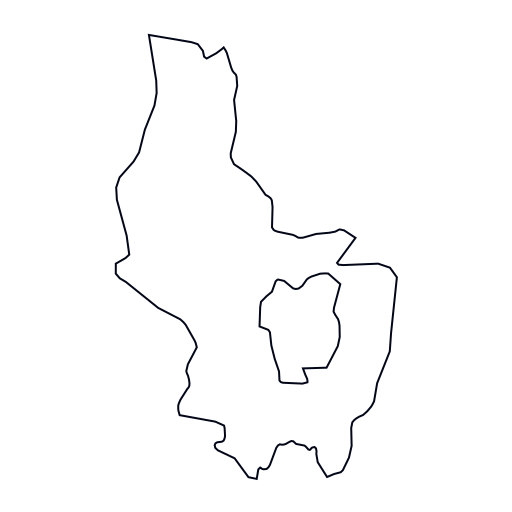 Kândal, Albers equal-area conic projection, rotated 179°
{"feature_id": "KHM-1786", "entity_name": "Kândal", "entity_type": "Province", "adm_level": 1, "iso_a3": "KHM", "parent_name": "Cambodia", "parent_adm1": "", "projection": "albers", "projection_center": [104.96, 11.392], "detail": "fine", "context": "isolated", "style": "outline", "palette": "ink", "viewbox_px": 512, "rotation_deg": 179, "n_neighbors": 0, "source": "natural_earth", "source_scale": "10m", "svg_char_len": 2602}
<svg xmlns="http://www.w3.org/2000/svg" viewBox="0 0 512 512"><g transform="rotate(179 256 256)"><path d="M359.2,478.9L316.7,470.9L310.5,468.8L305.5,462.0L304.4,456.2L301.9,454.3L292.2,459.4L286.5,463.5L284.7,465.1L282.7,461.9L282.1,460.6L281.5,459.1L277.5,444.7L276.3,441.7L275.0,439.8L274.0,438.8L273.0,437.7L272.3,435.6L271.8,426.4L275.2,412.4L273.4,391.1L274.0,380.4L279.5,359.1L279.4,355.0L276.4,348.2L267.9,342.2L259.3,335.6L254.5,330.4L245.4,317.0L242.8,315.5L240.6,313.7L239.8,312.6L239.2,311.2L238.6,304.6L239.5,284.3L237.9,281.8L236.9,281.1L234.2,280.0L218.8,276.5L216.3,275.4L215.1,274.6L213.6,273.7L211.5,273.4L208.7,273.5L195.5,277.0L182.0,278.0L176.3,279.0L172.5,280.9L171.8,281.1L167.5,280.1L156.2,272.4L175.1,247.7L173.6,245.9L168.8,245.4L134.0,246.2L122.3,242.0L115.5,232.3L122.3,176.6L123.9,158.3L137.1,126.7L140.5,108.6L141.7,106.3L143.4,103.5L147.5,98.8L151.7,95.2L155.9,93.4L158.5,91.9L160.7,90.2L162.6,88.0L163.8,82.4L163.7,64.5L166.6,52.7L172.9,40.3L175.1,38.3L181.6,36.7L188.8,33.8L197.9,48.8L199.1,56.8L198.9,60.0L199.4,62.6L200.9,64.0L203.1,63.5L204.1,62.8L204.9,61.6L205.8,61.2L207.1,61.7L209.3,64.3L210.8,65.6L219.2,67.4L222.0,70.1L223.8,70.4L225.8,69.6L229.4,67.6L231.8,66.9L233.8,66.9L235.4,67.3L237.2,66.3L239.0,64.0L245.7,46.9L247.2,44.6L249.1,42.9L252.0,42.6L253.5,43.0L255.5,44.4L257.4,42.6L259.2,33.1L267.4,35.0L280.9,54.1L297.2,62.2L298.5,63.3L300.1,65.0L300.6,67.6L299.9,69.3L298.1,70.4L294.3,70.8L292.9,71.1L291.6,72.0L290.8,73.6L290.3,75.3L290.1,77.1L290.4,84.7L290.9,87.0L299.6,91.1L335.1,98.2L336.2,102.4L336.4,103.9L336.4,107.7L335.6,110.3L334.0,113.7L326.8,124.6L326.2,125.1L325.8,125.6L325.0,127.2L324.7,129.5L325.1,133.3L326.0,137.2L327.3,140.4L327.7,142.2L326.0,148.9L316.8,165.7L317.8,170.0L319.0,172.8L327.5,188.4L329.8,191.2L332.8,194.0L354.7,205.8L386.5,232.3L392.6,236.1L396.5,240.8L396.3,250.8L386.4,256.3L382.7,259.6L385.0,278.7L394.1,314.6L394.6,326.9L391.0,337.0L376.8,352.5L371.1,361.6L364.9,384.3L354.9,408.2L352.5,420.7L352.7,433.1L359.2,478.9ZM234.4,232.1L235.7,231.4L236.8,230.3L240.7,220.0L246.2,215.6L251.8,210.1L252.7,204.8L253.7,185.5L245.1,182.0L244.4,181.1L243.4,179.4L242.2,166.2L239.1,152.9L235.0,140.2L234.7,131.1L233.4,129.5L231.3,128.8L211.8,127.6L206.8,128.8L206.7,130.2L207.0,132.3L208.8,136.5L211.0,142.8L187.4,143.1L175.8,164.4L173.7,173.5L173.7,184.9L174.2,188.6L175.1,191.5L177.8,195.8L179.4,199.0L178.9,203.0L172.2,226.4L184.1,237.2L187.3,237.4L192.1,237.2L200.9,234.5L203.5,233.2L205.5,231.8L210.2,225.4L214.0,222.7L216.9,222.3L219.5,223.0L228.3,230.6L234.4,232.1Z" fill="none" stroke="#020617" stroke-width="2"/></g></svg>